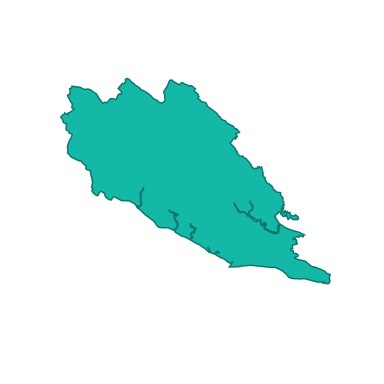 Maungdaw, Rakhine, Myanmar, rotated 319°
{"feature_id": "60261553B63127450973926", "entity_name": "Maungdaw", "entity_type": "district", "adm_level": 2, "iso_a3": "MMR", "parent_name": "Myanmar", "parent_adm1": "Rakhine", "projection": "natural_earth1", "projection_center": [92.495, 20.966], "detail": "fine", "context": "isolated", "style": "filled", "palette": "teal", "viewbox_px": 384, "rotation_deg": 319, "n_neighbors": 0, "source": "geoboundaries", "source_scale": "gbopen_adm2", "svg_char_len": 6084}
<svg xmlns="http://www.w3.org/2000/svg" viewBox="0 0 384 384"><g transform="rotate(319 192 192)"><path d="M248.5,93.1L242.3,96.1L237.4,97.4L235.8,98.5L235.1,101.2L233.6,102.5L232.5,104.6L231.4,105.4L227.5,105.3L226.0,102.5L225.8,99.8L224.0,96.2L224.2,93.1L223.5,88.9L221.8,83.3L220.6,82.0L220.8,80.2L220.4,77.4L219.3,74.4L219.2,71.3L218.3,69.1L218.7,67.3L218.1,64.9L217.0,63.4L215.5,63.4L214.6,65.0L212.0,65.7L210.8,64.4L204.2,65.4L204.6,69.4L203.7,71.2L202.5,71.7L201.6,70.3L199.8,70.3L195.9,72.2L194.8,72.2L194.0,70.3L191.7,68.0L186.2,68.9L185.2,67.1L183.2,66.8L182.9,65.8L183.4,59.6L184.2,55.6L182.3,47.8L180.8,45.8L178.9,44.8L177.0,42.2L176.6,40.1L170.9,33.4L170.3,34.1L169.0,34.3L167.5,33.7L166.4,35.7L164.0,38.0L162.2,37.3L161.2,37.7L159.5,44.9L159.6,47.1L156.6,49.3L157.5,51.8L152.7,52.0L150.2,51.1L149.6,51.2L149.0,52.2L147.7,48.8L146.5,49.5L144.9,49.0L142.0,49.4L142.0,51.8L141.4,53.6L140.6,54.6L140.7,55.8L142.0,58.3L138.3,61.7L137.8,62.7L138.7,64.8L138.0,67.1L139.4,69.3L139.2,70.0L137.4,71.3L133.5,72.6L129.1,75.1L127.1,76.8L125.7,79.1L123.8,80.7L123.8,86.5L126.7,93.3L128.5,95.9L128.5,99.5L129.2,102.8L127.4,104.4L127.1,105.7L129.3,109.3L129.2,110.0L128.7,110.0L126.4,113.6L125.9,115.4L124.2,117.6L124.0,119.0L119.2,122.7L119.7,124.4L117.9,124.9L117.0,125.9L116.9,129.0L117.9,132.4L118.9,132.9L122.1,131.5L124.0,132.1L125.1,135.6L123.5,139.0L124.4,143.5L126.1,145.1L128.8,144.0L130.3,144.8L133.1,152.2L138.9,157.5L141.1,163.4L140.8,165.4L142.3,167.9L143.6,168.4L145.3,168.1L148.2,163.7L151.5,160.2L152.5,158.4L155.5,158.1L157.9,157.0L157.7,157.9L157.0,158.3L152.9,159.0L151.7,161.0L148.4,164.1L146.9,167.3L144.9,168.9L142.5,168.7L141.1,167.1L140.6,167.0L140.3,167.7L141.2,171.7L141.7,178.2L144.2,189.5L143.6,192.9L143.6,196.6L146.4,199.8L150.5,203.2L153.2,208.9L157.4,208.7L159.5,207.1L160.3,205.7L160.7,202.1L162.4,198.1L163.7,198.2L165.5,199.6L162.5,193.1L162.4,190.8L163.1,191.1L163.1,192.3L166.6,199.1L166.6,200.0L166.0,200.3L165.1,200.3L163.7,199.0L162.3,199.3L161.5,201.6L161.1,206.1L160.2,207.5L157.6,209.2L154.0,209.8L153.2,210.2L153.0,211.1L155.1,218.2L157.1,221.2L158.7,225.4L160.5,226.0L162.4,225.8L162.9,223.0L163.6,222.4L165.2,222.4L167.0,223.8L167.5,222.3L170.4,222.0L170.3,220.7L168.2,218.0L168.1,217.3L168.3,216.5L170.5,214.8L168.9,217.3L170.7,220.2L170.8,222.4L168.8,222.7L167.0,224.4L164.8,222.8L164.1,222.8L163.5,223.3L163.3,225.7L162.5,226.6L161.8,227.1L159.3,226.9L161.4,233.5L162.8,236.0L164.1,241.8L164.7,242.7L165.3,248.6L165.6,249.0L166.1,248.4L166.9,246.9L167.3,244.8L167.6,244.6L166.4,249.6L167.2,252.0L168.1,253.2L171.0,253.6L172.2,253.3L172.7,253.8L172.6,256.7L171.9,254.4L169.8,253.9L168.7,254.2L169.4,257.4L170.4,258.2L170.3,259.9L172.5,264.0L173.1,268.5L174.0,270.6L176.2,271.6L171.0,273.1L177.8,278.7L181.6,280.9L188.7,286.2L202.6,301.2L205.0,303.1L207.4,307.9L208.6,311.5L209.4,316.4L209.0,319.4L209.3,320.5L211.3,323.5L216.9,328.8L219.8,330.9L228.0,342.7L231.8,345.6L232.9,347.8L232.6,347.9L230.7,345.4L230.5,345.7L234.4,350.5L235.4,350.6L235.8,350.1L236.5,350.4L237.6,349.7L238.3,349.0L238.6,347.7L240.7,345.6L241.3,345.6L242.1,344.8L240.3,341.9L240.3,339.2L238.9,335.9L235.3,329.0L233.5,327.0L232.0,318.1L230.9,317.3L230.5,316.2L227.4,312.1L226.3,309.7L226.4,309.1L227.0,309.5L227.4,308.9L228.1,309.1L229.3,310.2L230.4,309.6L230.8,308.6L230.3,306.8L228.4,304.8L229.8,302.8L229.1,301.8L228.8,300.1L229.4,299.8L231.0,300.7L232.4,298.3L233.0,298.0L235.5,299.4L236.5,299.4L236.9,300.2L237.9,299.6L237.9,298.2L239.1,297.4L239.3,296.4L237.6,294.2L238.0,293.1L239.4,294.4L241.9,294.4L243.0,296.4L244.2,295.5L244.9,295.8L246.0,298.2L246.7,298.6L247.5,298.0L248.7,298.1L246.3,292.5L242.2,286.4L239.2,280.6L237.6,274.5L235.6,274.9L230.8,279.3L229.5,279.2L227.3,277.9L225.7,275.8L222.4,267.9L222.4,266.7L223.6,265.5L226.3,264.9L226.7,263.7L223.4,264.1L222.4,263.1L222.6,261.5L224.9,258.3L223.7,257.1L221.7,257.0L220.9,256.5L220.2,254.3L219.3,247.8L217.9,246.0L218.8,242.9L217.6,240.9L214.8,239.1L214.3,237.3L215.8,229.3L216.7,227.2L214.8,238.7L216.8,239.5L218.3,241.0L219.3,244.0L218.5,246.1L219.6,247.1L220.9,245.8L221.5,244.4L222.3,244.0L225.8,244.5L227.3,243.8L228.9,241.3L228.5,238.8L229.9,236.3L228.9,239.1L229.3,241.4L228.0,243.6L226.0,244.9L222.7,244.6L221.8,245.0L220.0,248.0L221.0,250.1L222.4,255.9L224.5,256.7L225.6,257.8L225.4,259.1L223.9,260.6L222.9,262.8L223.3,263.4L226.2,262.1L227.2,263.5L227.2,264.7L226.7,265.4L222.9,266.9L226.3,274.3L229.2,278.5L230.7,278.1L233.7,274.5L237.2,273.1L238.3,265.1L238.8,265.3L239.0,264.1L243.3,264.6L244.3,263.8L245.9,265.7L245.7,266.6L244.8,266.6L244.5,267.2L244.9,267.9L244.7,269.7L245.1,270.6L246.3,271.4L246.8,270.9L248.0,271.1L246.6,275.8L249.2,275.5L250.3,279.2L253.4,281.9L254.0,282.2L255.4,281.2L255.8,280.2L255.1,277.1L253.4,277.2L251.3,274.9L251.5,272.9L252.5,271.8L251.6,270.9L250.8,271.2L249.7,270.5L251.0,269.1L249.9,268.6L250.0,267.8L248.4,268.1L249.2,267.0L247.8,266.9L247.5,266.4L248.0,263.7L248.5,263.6L248.8,264.6L249.5,264.9L250.8,264.1L249.8,263.2L250.1,262.4L251.2,262.7L251.7,262.0L252.9,262.4L252.7,261.3L254.0,260.7L254.8,259.5L254.8,258.2L256.9,256.1L256.6,252.6L258.4,250.8L258.2,250.1L256.6,248.7L255.6,246.8L255.8,245.4L255.2,243.6L256.2,239.9L255.4,236.2L254.5,234.4L255.1,231.2L256.6,229.0L256.1,228.1L256.7,225.3L257.7,224.9L260.8,218.8L259.4,218.7L259.4,217.2L258.0,216.2L257.0,217.4L255.9,216.0L254.0,215.2L253.7,211.2L254.6,209.8L254.6,201.8L253.5,200.0L253.9,198.2L251.6,196.4L251.4,195.2L251.7,192.6L252.6,190.7L252.6,188.5L253.2,187.1L252.8,180.1L255.2,179.9L257.8,178.8L258.4,179.3L259.0,179.2L259.5,180.5L260.8,180.1L261.2,178.9L262.4,180.0L263.0,178.9L263.0,176.6L267.1,178.0L267.0,173.5L265.8,172.5L266.3,169.7L263.6,162.9L263.8,160.0L262.4,157.8L261.9,155.3L262.5,153.6L261.9,152.3L262.3,149.9L261.9,146.5L259.7,136.8L260.5,135.9L261.0,133.7L258.0,129.2L258.5,128.3L258.0,125.0L259.9,124.5L259.9,123.3L260.7,122.4L259.8,117.1L262.4,116.2L261.8,114.7L261.8,113.0L260.9,110.9L259.3,110.2L258.8,108.2L257.6,106.5L256.3,102.8L254.9,102.6L254.0,103.0L252.5,102.3L250.3,95.8L250.4,94.4L248.5,93.1Z" fill="#14b8a6" stroke="#0f766e" stroke-width="1.5"/></g></svg>